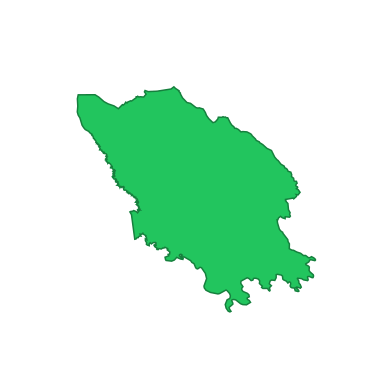 Renu Nakhon, Nakhon Phanom, Thailand (Equal Earth projection), rotated 302°
{"feature_id": "78962969B93131496494320", "entity_name": "Renu Nakhon", "entity_type": "district", "adm_level": 2, "iso_a3": "THA", "parent_name": "Thailand", "parent_adm1": "Nakhon Phanom", "projection": "equal_earth", "projection_center": [104.629, 17.057], "detail": "fine", "context": "isolated", "style": "filled", "palette": "green", "viewbox_px": 384, "rotation_deg": 302, "n_neighbors": 0, "source": "geoboundaries", "source_scale": "gbopen_adm2", "svg_char_len": 6093}
<svg xmlns="http://www.w3.org/2000/svg" viewBox="0 0 384 384"><g transform="rotate(302 192 192)"><path d="M196.9,54.7L195.4,57.7L190.4,63.4L189.1,66.2L188.4,68.4L188.7,72.5L188.1,73.6L188.0,76.4L187.5,76.4L187.4,77.2L186.9,77.3L186.9,78.5L185.3,80.0L185.5,80.8L184.7,81.6L184.8,82.6L183.6,84.3L183.1,84.3L183.2,85.4L182.6,85.5L183.1,86.1L182.4,86.7L182.9,87.0L182.5,88.6L181.7,88.5L181.8,89.7L180.9,89.3L180.3,91.1L178.8,91.3L179.6,93.3L178.8,94.0L178.9,95.7L178.3,95.7L178.0,96.3L178.1,97.0L178.8,97.0L178.4,97.5L178.9,99.2L178.2,100.3L177.4,100.5L177.0,99.5L176.9,101.2L176.3,100.7L176.2,101.4L175.2,101.9L174.7,101.5L174.6,102.2L173.9,101.4L173.3,101.6L173.5,102.4L172.7,102.9L173.0,103.5L172.4,103.8L172.4,104.8L171.6,105.5L172.7,105.9L172.4,108.4L171.0,110.4L171.4,110.8L171.0,111.1L169.9,109.8L169.3,110.1L170.0,111.5L169.5,113.0L168.7,113.6L168.9,114.1L169.8,114.4L169.3,115.7L168.1,115.3L167.3,114.3L166.9,115.5L167.6,115.8L167.2,116.4L166.3,116.6L166.4,115.3L165.4,115.3L164.8,117.5L164.1,116.4L163.0,116.3L163.4,117.8L162.2,117.3L162.1,118.3L161.7,118.7L162.0,119.9L162.7,120.0L162.7,120.9L162.3,121.5L161.2,121.0L160.1,121.9L160.3,122.7L161.4,122.7L161.3,124.1L160.3,124.2L160.1,125.0L159.2,124.7L159.2,125.8L158.2,125.3L158.6,126.1L158.2,126.9L158.4,127.5L157.6,128.5L158.7,128.3L158.5,129.6L159.4,129.6L159.5,130.3L160.4,131.1L160.1,131.9L159.0,131.5L158.7,132.4L157.7,132.9L157.8,133.9L158.5,134.7L158.3,136.3L157.7,136.5L158.4,137.1L157.2,137.8L158.1,138.7L157.2,139.2L158.2,140.1L157.6,140.8L158.2,142.2L158.1,142.7L157.0,142.7L157.7,143.7L156.9,145.1L157.6,145.7L156.8,146.3L157.7,147.1L156.8,147.8L157.0,149.4L156.0,150.4L155.7,149.8L155.5,150.8L154.5,149.6L153.4,149.5L154.6,152.1L154.0,152.2L153.6,151.3L152.7,151.5L152.3,152.9L151.8,152.1L151.3,155.1L151.0,155.3L150.8,154.7L149.7,156.0L149.8,156.7L149.3,156.5L149.2,157.3L148.6,156.1L148.9,155.5L148.0,155.2L147.0,156.6L147.3,157.0L145.5,156.9L145.8,155.0L145.4,152.4L143.5,151.4L143.4,150.6L142.2,149.9L140.7,152.7L121.6,168.5L122.5,169.4L124.1,169.6L124.9,170.6L125.7,170.4L127.1,171.1L127.6,172.1L128.7,170.2L129.7,171.9L131.0,172.2L130.5,173.0L130.5,176.1L129.7,176.3L129.4,177.3L127.6,179.0L127.5,177.3L126.0,178.3L124.9,180.5L123.5,181.0L123.3,182.1L123.8,184.2L125.2,183.2L126.8,183.4L126.4,185.0L128.5,185.9L129.8,187.6L129.7,188.6L128.7,188.8L127.7,189.9L126.9,189.6L127.3,188.0L126.7,188.0L125.9,189.5L125.8,192.3L124.9,192.3L124.7,192.8L125.3,193.9L126.5,193.9L127.4,196.2L129.2,197.0L129.5,197.9L130.8,198.3L131.1,201.4L130.5,202.0L129.8,201.7L129.4,205.0L127.5,205.9L126.4,204.8L125.6,206.1L122.4,203.7L120.6,205.4L120.2,206.3L122.6,211.4L125.0,213.1L128.5,213.7L129.1,217.8L130.0,220.0L131.0,219.7L130.6,217.6L131.2,215.1L132.3,214.7L133.4,215.6L133.3,217.2L131.9,216.6L131.4,217.1L132.8,219.9L133.1,227.2L132.2,229.2L132.3,231.7L129.9,235.0L129.4,236.3L129.8,237.6L132.4,238.7L132.8,240.2L130.1,246.4L126.3,250.3L118.6,252.0L117.2,253.2L116.1,255.9L116.6,260.9L119.3,268.0L120.5,269.2L126.9,272.8L126.9,274.2L125.8,277.7L124.5,279.4L122.7,280.3L121.5,280.3L119.2,278.9L114.2,279.8L111.6,282.5L110.1,285.9L110.4,287.7L111.5,288.3L112.6,285.9L113.8,284.6L118.5,286.1L119.4,285.5L121.0,283.1L122.0,283.2L123.0,284.4L123.7,286.2L123.0,292.4L123.4,294.7L125.2,298.0L129.4,300.1L130.4,298.0L130.3,296.1L130.8,295.2L131.7,295.0L133.5,296.1L135.0,294.7L135.4,292.7L134.7,288.0L135.4,286.1L136.8,285.2L138.7,285.4L140.4,281.7L142.4,280.8L148.5,284.2L148.8,286.3L148.2,289.1L149.5,290.3L151.2,290.0L151.8,290.4L152.8,292.1L153.3,294.5L152.5,296.5L150.1,297.7L149.4,301.5L147.9,301.6L147.8,303.3L150.1,306.9L149.9,308.0L149.2,309.1L149.2,310.3L150.0,310.3L151.8,308.4L154.6,309.0L155.1,306.2L157.8,305.4L159.5,306.1L160.9,309.1L163.9,308.8L166.5,307.2L167.4,307.9L168.9,311.8L168.6,313.3L166.3,315.1L166.0,316.1L166.4,319.2L165.6,321.6L167.4,322.1L167.5,323.4L166.4,324.4L164.3,325.0L163.6,326.3L163.7,327.5L164.8,329.8L162.9,331.9L163.8,334.7L164.5,335.2L165.1,334.6L166.1,330.8L167.0,331.3L167.9,334.9L169.2,335.1L170.8,332.9L171.5,330.9L173.2,329.6L174.3,327.3L174.8,327.2L176.6,330.8L176.6,333.2L178.1,337.0L179.0,337.1L181.1,335.0L181.6,335.0L182.5,336.1L183.0,339.3L183.6,340.0L185.2,339.6L186.1,338.6L186.8,334.3L187.6,332.8L190.5,331.3L190.9,330.1L190.7,327.1L191.3,326.5L194.5,328.1L196.9,328.0L197.5,328.6L198.9,332.6L199.6,332.8L200.3,332.3L200.7,330.2L200.5,327.6L198.7,326.7L198.0,325.5L198.4,322.0L197.2,320.2L197.6,316.6L196.6,312.5L196.4,309.1L195.6,307.3L195.5,304.5L199.6,302.1L200.8,299.8L202.4,298.4L205.1,291.1L205.9,290.2L205.9,288.3L206.7,285.9L210.9,281.1L213.5,278.9L213.8,279.5L215.9,279.1L218.3,280.0L218.0,282.2L218.7,285.1L220.4,284.2L222.4,288.1L223.7,288.2L224.8,286.6L226.5,286.1L228.1,283.2L233.1,279.4L233.7,277.1L234.2,276.7L234.1,276.0L235.2,275.2L240.4,281.0L240.1,281.9L243.5,282.9L244.9,282.6L245.1,281.9L245.8,283.5L249.0,283.8L250.3,280.7L250.1,278.8L251.8,279.2L252.3,278.7L252.1,277.5L252.4,276.6L254.1,276.1L255.1,276.5L256.4,274.9L255.6,273.6L255.6,272.5L257.5,270.9L257.8,268.2L259.5,267.4L261.2,265.3L260.5,262.5L261.7,260.7L261.9,258.9L261.6,257.9L262.8,256.5L262.7,252.7L264.3,248.4L264.4,246.9L265.4,243.7L269.3,237.4L268.7,232.4L269.7,226.9L269.7,223.2L270.2,222.5L269.8,219.2L270.6,217.7L271.6,213.1L272.3,211.9L272.4,210.3L272.1,206.8L270.2,203.1L268.9,201.7L269.6,198.3L269.4,195.6L268.6,194.4L269.6,192.8L269.7,190.7L270.8,188.1L273.9,182.9L273.2,182.0L273.3,180.6L272.4,179.5L272.3,178.4L271.2,177.8L269.4,174.7L267.6,175.2L263.8,174.6L261.9,173.0L263.1,167.3L264.6,163.7L266.5,161.2L268.3,157.5L267.2,153.5L266.3,152.6L265.7,150.7L266.4,143.8L265.2,140.3L266.8,134.1L269.1,130.1L269.7,129.8L270.4,127.5L271.0,127.4L271.1,123.1L271.6,120.9L268.2,119.6L259.0,109.0L253.9,101.6L253.2,98.4L251.7,98.6L250.6,101.2L246.9,100.7L245.3,97.5L244.4,96.7L244.4,95.2L243.7,95.1L243.2,94.2L242.4,94.7L237.1,92.5L236.8,91.6L234.0,89.7L233.0,89.7L233.1,88.2L230.9,88.2L229.3,87.6L229.2,86.7L223.6,85.4L223.7,80.2L222.3,74.2L222.0,69.5L223.1,62.7L223.1,58.2L214.1,44.0L210.3,45.4L204.2,49.7L199.1,52.3L196.9,54.7Z" fill="#22c55e" stroke="#15803d" stroke-width="1.5"/></g></svg>